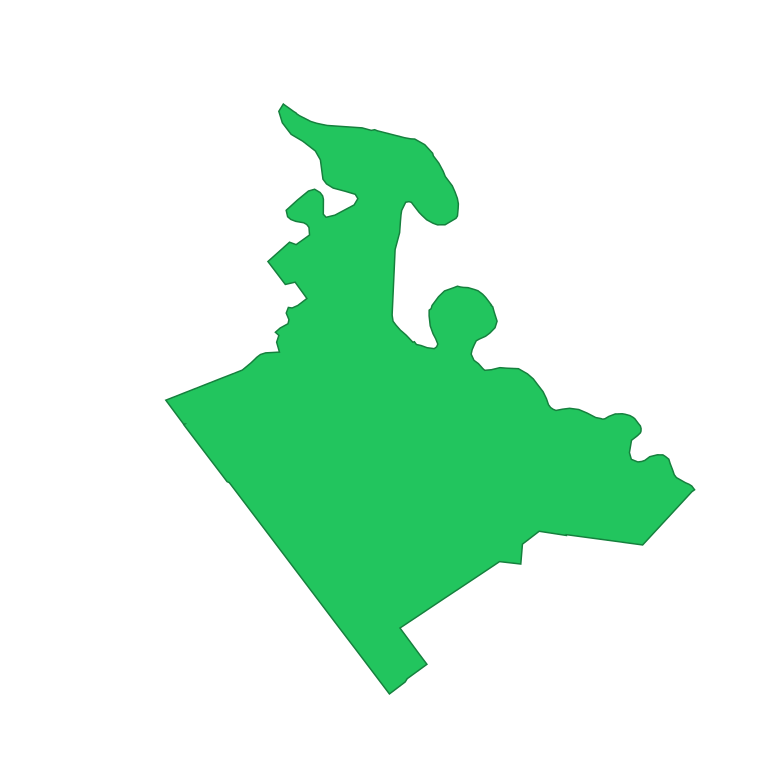 Foni Kansala, West Coast, Gambia (Albers equal-area conic projection), rotated 53°
{"feature_id": "56634734B42615963496738", "entity_name": "Foni Kansala", "entity_type": "district", "adm_level": 2, "iso_a3": "GMB", "parent_name": "Gambia", "parent_adm1": "West Coast", "projection": "albers", "projection_center": [-16.082, 13.232], "detail": "fine", "context": "isolated", "style": "filled", "palette": "green", "viewbox_px": 768, "rotation_deg": 53, "n_neighbors": 0, "source": "geoboundaries", "source_scale": "gbopen_adm2", "svg_char_len": 3073}
<svg xmlns="http://www.w3.org/2000/svg" viewBox="0 0 768 768"><g transform="rotate(53 384 384)"><path d="M265.6,568.0L295.5,568.2L296.1,567.3L296.1,568.4L323.2,568.3L361.1,568.1L367.5,568.1L369.8,566.9L438.2,566.7L545.1,566.5L564.7,566.4L582.0,566.3L634.8,566.2L634.7,546.4L633.3,542.8L633.7,518.4L620.4,518.4L588.5,518.1L591.5,465.2L593.8,426.6L595.4,398.6L610.1,383.1L595.2,369.8L595.0,348.7L614.7,329.5L614.0,329.1L668.2,274.3L655.3,202.9L655.4,199.6L653.3,199.6L650.7,199.6L647.7,200.7L644.2,202.7L634.7,206.8L633.2,206.8L631.1,206.8L626.6,205.3L619.6,203.3L615.5,201.8L611.5,202.8L608.5,203.9L605.0,208.4L602.0,215.5L602.0,221.6L601.0,224.7L599.0,228.2L593.0,231.8L586.5,229.3L577.9,220.2L577.8,212.6L577.3,208.6L576.3,207.1L574.3,205.5L571.8,204.5L568.7,204.6L565.2,204.6L562.7,204.6L560.7,205.1L557.2,206.6L553.2,209.7L551.1,211.7L548.6,215.3L547.1,217.3L545.2,223.9L544.7,228.5L543.7,230.5L542.2,231.5L538.2,235.1L530.0,239.0L529.6,239.2L521.6,243.8L515.1,250.4L511.6,256.5L508.6,262.6L506.9,263.6L506.1,264.1L503.1,265.1L499.5,265.1L493.5,263.1L485.9,261.6L475.4,261.7L469.8,261.7L462.3,263.3L452.7,267.4L445.2,276.5L440.7,281.6L437.2,289.7L433.7,295.3L431.2,295.8L425.1,296.3L424.7,296.3L419.2,297.9L412.6,296.4L409.6,292.9L407.0,288.3L405.0,284.3L405.5,280.7L407.0,274.1L407.0,268.6L405.9,261.5L401.9,255.9L392.8,252.7L387.8,250.7L384.7,251.2L386.2,250.7L376.2,250.7L371.7,251.2L366.1,252.8L363.1,254.8L357.6,258.9L354.6,262.5L352.6,264.5L350.1,266.5L349.1,270.1L346.1,279.7L347.1,287.8L350.2,298.4L352.2,301.0L352.2,303.5L356.8,307.0L365.4,312.1L373.4,314.6L379.0,315.5L384.5,317.0L386.0,319.6L386.0,322.6L381.0,327.7L375.5,331.3L372.0,334.3L368.5,334.3L368.0,335.8L358.4,336.9L353.1,338.0L350.9,338.5L344.3,339.0L339.3,339.0L333.8,336.0L283.3,294.2L272.6,280.5L264.0,273.0L259.0,268.5L256.0,265.4L251.9,257.3L253.4,254.3L255.4,252.8L258.4,252.8L268.0,252.7L272.0,252.2L278.5,251.1L285.1,248.1L289.1,245.5L291.6,242.0L293.6,239.4L295.0,226.8L294.0,224.2L288.5,219.2L284.9,216.2L279.9,213.7L273.3,211.7L266.8,210.2L261.8,210.2L255.2,210.2L249.7,208.7L240.6,207.3L231.6,207.3L229.0,206.3L217.5,207.4L206.9,212.0L204.4,215.0L200.2,218.9L199.4,219.6L177.8,236.9L175.3,238.4L173.8,241.5L166.3,247.3L143.3,273.8L138.8,277.8L135.2,280.9L130.2,284.5L118.7,290.1L115.7,291.1L114.7,291.1L112.1,292.1L100.6,295.7L99.8,295.9L102.9,303.9L114.2,308.0L128.8,307.9L141.1,302.8L142.2,302.5L156.6,298.6L166.7,299.9L183.7,309.5L189.6,309.5L196.9,306.7L207.0,298.8L215.2,292.8L220.2,293.3L223.0,300.1L219.6,321.6L216.0,329.9L211.9,330.3L200.0,321.2L196.8,319.8L192.6,319.8L186.7,322.2L184.4,328.2L185.0,342.4L186.4,357.6L192.4,360.3L196.5,359.4L201.0,356.6L206.9,351.1L210.1,349.7L213.8,349.7L220.2,353.8L219.8,370.3L213.9,374.1L216.3,403.0L245.1,402.9L249.2,393.7L269.3,394.1L269.4,405.6L268.0,411.6L265.3,414.3L268.5,419.4L275.4,421.2L278.1,424.4L276.8,433.2L277.3,439.6L281.9,438.7L286.0,444.6L295.6,448.3L287.9,459.8L286.1,464.9L286.1,469.5L286.7,474.2L287.1,477.8L287.6,488.8L283.2,504.7L281.6,510.3L265.6,568.0Z" fill="#22c55e" stroke="#15803d" stroke-width="1.5"/></g></svg>